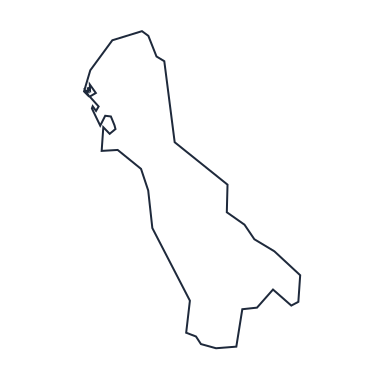 an SVG outline of La Guajira, rotated 280°
{"feature_id": "COL-1318", "entity_name": "La Guajira", "entity_type": "Department", "adm_level": 1, "iso_a3": "COL", "parent_name": "Colombia", "parent_adm1": "", "projection": "orthographic", "projection_center": [-72.284, 11.434], "detail": "coarse", "context": "isolated", "style": "outline", "palette": "slate", "viewbox_px": 384, "rotation_deg": 280, "n_neighbors": 0, "source": "natural_earth", "source_scale": "10m", "svg_char_len": 737}
<svg xmlns="http://www.w3.org/2000/svg" viewBox="0 0 384 384"><g transform="rotate(280 192 192)"><path d="M316.0,142.0L238.0,166.3L205.4,225.7L178.1,229.8L168.9,249.4L156.3,261.6L147.9,283.4L128.8,313.0L102.3,315.8L97.4,309.5L110.0,288.7L89.4,276.1L85.3,261.9L47.4,262.5L42.3,242.8L43.8,227.2L50.4,221.0L52.4,210.7L84.6,208.8L149.6,159.2L185.9,148.6L205.9,137.8L220.5,111.5L216.8,95.9L240.4,93.4L235.0,100.8L240.7,105.7L244.2,104.1L252.3,99.0L252.0,93.3L241.4,90.1L256.9,78.9L259.2,79.3L255.2,83.4L260.0,85.2L268.2,74.7L272.8,80.1L280.1,72.7L274.5,73.9L276.8,71.1L272.8,72.7L273.6,69.4L268.0,74.3L272.3,68.2L294.2,70.7L327.6,87.2L341.7,114.8L338.2,121.9L319.3,133.5L316.0,142.0Z" fill="none" stroke="#1e293b" stroke-width="2"/></g></svg>